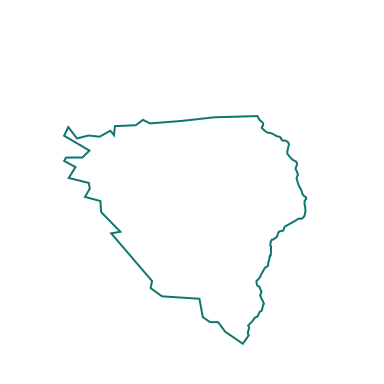 Cocke, Tennessee, United States of America (Robinson projection), rotated 310°
{"feature_id": "52423323B93149818401656", "entity_name": "Cocke", "entity_type": "district", "adm_level": 2, "iso_a3": "USA", "parent_name": "United States of America", "parent_adm1": "Tennessee", "projection": "robinson", "projection_center": [-83.077, 35.947], "detail": "fine", "context": "isolated", "style": "outline", "palette": "teal", "viewbox_px": 384, "rotation_deg": 310, "n_neighbors": 0, "source": "geoboundaries", "source_scale": "gbopen_adm2", "svg_char_len": 1877}
<svg xmlns="http://www.w3.org/2000/svg" viewBox="0 0 384 384"><g transform="rotate(310 192 192)"><path d="M292.2,193.3L263.6,161.1L239.3,137.9L217.5,115.7L215.8,108.1L207.0,106.0L192.9,90.6L185.4,95.7L186.5,90.1L175.0,85.7L168.8,76.5L159.1,69.4L162.2,55.5L152.9,57.9L157.8,86.8L148.0,85.9L137.4,73.4L133.6,74.1L136.2,86.7L123.5,88.6L132.6,107.1L128.9,111.5L119.5,113.2L126.2,127.7L118.2,135.3L115.5,162.7L108.4,156.7L98.1,218.7L91.8,222.0L92.8,236.1L115.0,266.3L103.1,280.7L103.9,289.4L109.1,295.7L106.3,307.2L108.4,328.5L118.6,327.6L118.7,326.9L120.7,324.8L124.4,323.3L125.1,322.6L125.8,320.8L130.0,321.2L134.6,321.2L135.9,320.9L137.3,321.4L138.6,322.2L143.8,320.9L145.5,321.6L146.4,321.5L151.3,319.0L152.6,319.0L154.3,315.7L154.9,313.7L156.6,310.8L159.3,309.6L160.1,309.5L162.7,304.5L162.4,302.1L162.7,301.4L164.3,299.4L165.5,298.5L167.9,298.9L170.9,298.9L171.4,298.4L180.8,296.6L184.4,297.7L187.6,295.4L189.1,295.0L191.9,293.5L192.0,293.1L193.1,292.6L194.1,292.8L194.1,292.7L194.1,292.8L195.6,292.0L201.0,287.6L201.4,286.3L204.6,284.2L206.9,283.8L207.8,284.8L211.8,285.8L213.0,285.7L214.5,284.9L217.3,284.1L219.3,285.2L220.4,286.3L221.4,286.6L222.1,286.5L223.7,285.7L225.3,285.4L236.9,289.8L239.9,290.6L242.2,293.3L244.9,293.7L246.7,293.2L250.7,290.9L253.4,288.2L255.3,285.7L257.6,284.0L260.3,283.9L260.9,282.8L261.3,282.2L260.9,280.9L261.5,277.7L262.8,276.1L264.2,273.4L264.4,272.3L266.2,268.6L269.4,263.6L270.2,263.0L273.3,262.1L275.3,258.8L276.0,256.8L278.1,255.5L280.1,255.1L281.7,253.7L282.2,251.8L281.3,248.2L282.1,242.7L282.6,240.6L283.5,239.4L290.8,235.6L291.6,234.4L291.9,232.7L291.6,231.3L291.0,229.9L289.5,228.1L289.7,226.8L290.6,225.3L290.6,223.7L289.3,221.3L288.1,215.3L285.8,211.0L285.7,207.0L285.9,204.5L286.3,203.9L288.4,203.7L289.8,202.9L290.3,202.2L290.7,201.2L290.6,197.6L292.2,193.3L292.2,193.3Z" fill="none" stroke="#0f766e" stroke-width="2"/></g></svg>